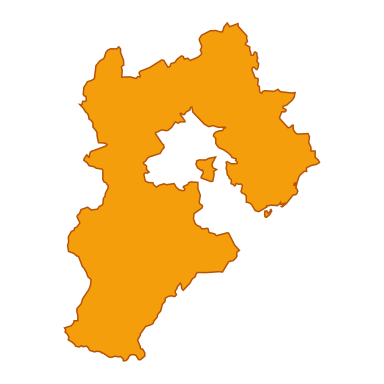 map outline of Hebei (Mercator projection)
{"feature_id": "CHN-1811", "entity_name": "Hebei", "entity_type": "Province", "adm_level": 1, "iso_a3": "CHN", "parent_name": "China", "parent_adm1": "", "projection": "mercator", "projection_center": [116.359, 39.339], "detail": "fine", "context": "isolated", "style": "filled", "palette": "amber", "viewbox_px": 384, "rotation_deg": 0, "n_neighbors": 0, "source": "natural_earth", "source_scale": "10m", "svg_char_len": 5926}
<svg xmlns="http://www.w3.org/2000/svg" viewBox="0 0 384 384"><path d="M227.7,232.7L228.6,233.1L234.6,245.0L239.4,250.4L236.9,252.2L236.6,254.5L237.1,255.8L236.1,257.7L233.4,260.5L228.7,261.7L222.5,272.0L218.8,271.7L206.0,272.6L197.4,272.5L196.2,273.8L195.2,276.7L192.1,279.1L190.0,283.1L183.2,290.3L181.7,288.5L181.3,285.1L180.3,283.2L177.4,286.8L176.8,288.7L175.1,291.2L175.2,292.4L176.5,294.6L175.3,296.1L174.1,296.6L171.7,295.8L168.3,296.4L165.4,298.1L165.0,301.4L162.3,304.5L160.7,311.0L157.6,314.5L157.3,317.0L154.1,320.8L153.0,323.5L151.5,324.5L145.6,326.5L140.2,334.1L140.4,335.0L137.6,340.1L140.2,346.4L140.5,348.5L142.7,349.2L144.7,352.6L144.9,356.0L140.5,359.7L138.5,359.6L136.2,355.6L134.1,354.7L130.8,354.7L129.0,356.3L127.9,358.8L126.5,360.3L123.8,361.0L123.3,360.7L123.2,358.9L120.3,356.4L118.5,356.9L115.2,356.2L111.6,357.3L109.1,357.1L103.4,353.3L101.4,352.8L100.5,351.7L96.6,351.3L94.5,351.9L89.7,350.4L87.9,347.3L86.4,346.1L83.1,346.8L81.5,345.7L79.2,347.0L75.7,346.2L74.5,344.3L72.1,342.1L68.3,339.9L68.8,336.7L67.2,334.0L65.1,332.1L65.7,329.7L64.5,327.9L71.2,325.8L73.5,323.2L74.1,320.7L77.7,320.8L77.9,315.8L76.8,311.7L77.0,308.5L81.1,303.9L82.7,298.7L88.9,289.4L90.5,285.1L91.0,280.8L90.8,279.3L87.9,276.7L86.3,272.3L83.9,268.0L82.5,266.7L78.5,256.4L76.7,256.0L73.9,253.4L68.5,251.4L67.6,245.5L68.6,241.9L68.3,236.9L71.3,231.5L74.1,230.3L74.5,228.0L76.8,227.1L79.9,223.0L77.0,216.8L77.5,215.2L79.5,213.6L81.0,209.6L87.6,207.2L91.4,210.0L97.5,209.1L99.4,206.3L101.8,205.3L102.9,203.9L103.4,198.5L105.1,196.0L105.4,193.3L107.8,188.6L108.3,186.0L105.7,182.6L103.9,181.8L102.8,179.5L102.9,170.8L102.2,169.2L96.1,168.2L94.2,166.8L89.1,165.7L87.2,162.8L83.8,160.3L84.2,158.6L86.6,154.9L87.4,155.2L88.4,157.2L89.2,157.3L89.8,153.5L90.8,151.6L104.7,146.5L106.8,145.3L107.1,144.4L104.6,143.1L98.5,142.7L97.1,136.1L97.0,132.7L95.9,130.5L93.0,127.2L92.9,123.0L91.4,120.7L88.9,118.9L88.6,116.0L87.5,113.5L85.6,112.0L83.3,108.2L79.8,104.5L81.8,104.8L82.8,101.3L85.4,101.4L86.3,100.5L86.0,96.4L84.1,95.8L83.2,94.4L83.9,87.4L87.5,81.7L92.2,80.1L94.4,78.6L96.0,65.6L99.7,61.0L103.5,58.7L104.4,57.4L105.9,52.4L107.6,50.2L110.5,48.8L116.7,48.9L118.8,46.8L120.6,49.0L120.5,52.4L123.5,60.3L123.8,65.0L121.8,66.3L121.4,67.3L122.2,70.4L121.7,77.1L130.4,76.9L136.1,78.5L137.8,76.5L140.1,76.9L140.2,75.7L139.0,73.0L140.1,71.3L149.6,67.6L161.6,60.0L163.8,60.3L167.8,67.0L168.6,67.2L169.8,66.5L171.0,63.5L174.6,62.6L177.3,59.1L181.4,55.9L183.3,56.5L184.3,59.1L187.7,58.2L190.2,60.5L198.0,57.1L200.8,55.0L201.7,53.0L200.3,50.1L201.6,47.4L201.5,45.5L199.2,39.9L199.6,38.2L201.6,35.2L210.2,30.8L215.8,30.5L220.0,31.9L222.5,31.8L224.0,26.9L227.2,23.0L229.7,26.7L238.0,23.6L238.2,26.3L246.8,35.9L246.6,38.4L247.5,41.5L245.5,43.3L245.4,44.5L249.8,47.0L249.7,49.7L250.9,53.0L250.8,54.8L251.8,55.3L253.4,55.0L254.4,52.3L255.1,51.9L256.9,53.1L256.9,55.7L257.7,57.9L256.8,61.1L258.7,63.7L257.9,67.8L256.9,69.6L256.3,69.6L254.4,67.4L253.2,67.3L252.6,67.6L251.9,69.7L255.1,77.8L257.8,78.5L258.3,79.4L257.6,85.1L259.4,86.6L259.5,90.2L260.1,92.5L262.0,93.1L262.7,91.4L264.9,90.7L274.1,91.4L278.0,89.3L280.4,91.7L291.7,93.0L295.1,92.6L294.2,97.2L292.1,100.2L286.8,105.0L283.1,106.3L282.8,107.9L285.9,109.5L286.1,110.7L284.8,111.9L281.8,111.8L279.7,117.0L279.6,118.4L288.1,127.8L290.4,127.1L292.2,125.2L293.2,125.2L293.2,129.5L295.2,132.6L297.3,134.1L308.1,133.6L309.5,136.9L308.7,142.4L311.0,147.5L310.9,150.9L315.2,151.1L315.1,157.1L318.4,160.2L319.5,162.5L316.4,164.4L311.9,165.3L306.9,167.5L306.3,169.1L306.7,171.4L304.2,171.4L300.3,174.8L299.1,176.5L297.0,182.7L295.4,182.8L293.9,184.1L294.0,185.1L295.3,184.0L294.8,185.8L296.1,183.7L296.8,183.8L295.8,188.0L296.4,188.2L297.8,191.1L296.8,193.6L295.8,194.6L293.0,195.1L286.3,203.6L282.1,206.9L281.4,206.6L283.3,205.2L284.4,203.4L280.9,204.5L280.6,202.4L279.3,204.3L277.5,205.6L270.5,205.1L269.3,205.7L266.8,205.7L266.5,206.2L266.9,206.9L258.8,211.7L255.2,210.6L251.5,204.5L249.7,203.0L246.3,202.1L246.2,195.8L244.9,194.3L241.6,192.7L241.0,191.5L242.4,185.9L242.1,184.9L240.9,184.0L238.9,184.3L236.2,183.4L235.3,185.5L234.5,185.9L233.1,184.5L231.0,183.6L231.4,181.0L231.1,179.4L229.2,178.1L228.5,175.8L227.3,174.7L226.9,170.7L226.1,168.4L226.7,164.9L226.1,162.2L227.2,161.7L231.3,163.8L236.8,163.6L237.5,162.5L235.6,160.4L236.1,158.8L232.0,157.5L230.9,155.4L228.2,152.9L224.0,150.0L219.3,147.9L217.6,146.3L215.8,143.5L215.7,138.5L213.4,135.9L214.0,133.9L215.8,132.1L219.2,130.8L222.5,130.6L223.5,128.6L225.5,127.8L225.4,127.3L218.2,127.3L213.0,125.6L209.0,126.7L204.5,124.3L192.9,112.2L191.9,107.1L190.6,107.4L189.9,109.9L186.1,112.0L184.4,114.6L182.9,114.6L180.8,113.2L180.3,113.4L180.5,114.7L184.6,120.5L185.0,121.8L180.4,121.9L178.2,123.2L175.3,121.9L171.5,127.5L167.9,130.4L166.1,130.7L161.9,129.8L155.5,132.8L155.5,133.7L162.2,143.7L163.6,144.9L164.1,147.7L162.1,149.9L160.2,153.4L149.5,156.8L147.6,158.0L145.6,161.1L143.5,162.5L143.6,163.7L146.5,165.9L146.6,169.6L149.1,172.1L147.6,173.1L145.2,172.9L144.1,173.7L143.9,174.7L145.3,181.0L148.6,182.6L152.8,182.7L153.9,185.1L156.6,187.2L158.5,185.5L163.9,183.8L166.7,184.7L174.1,183.6L176.3,187.4L179.0,189.7L182.7,190.7L184.1,190.4L184.8,189.4L184.7,188.5L183.3,187.4L183.4,186.5L187.7,184.5L188.8,182.6L190.8,181.9L197.9,182.4L197.9,188.5L200.3,195.3L199.2,202.2L199.9,203.9L202.2,205.3L202.5,206.7L201.8,208.1L194.0,213.7L193.5,218.6L195.1,223.4L197.1,225.4L200.2,226.7L202.0,229.0L207.5,228.3L208.2,229.1L209.0,232.5L214.6,233.8L216.3,235.7L227.7,232.7ZM215.6,157.0L212.0,164.1L212.4,166.7L213.3,168.0L216.6,169.5L213.4,171.7L214.2,174.1L212.8,181.1L211.0,181.6L201.2,178.0L201.2,176.6L203.0,173.5L203.3,172.1L202.4,169.9L201.3,170.5L197.5,167.7L196.0,164.2L196.8,160.8L199.3,159.9L205.6,160.0L208.7,158.4L215.6,157.0ZM271.0,209.5L271.7,211.0L269.5,214.8L266.3,217.4L265.0,216.7L265.4,216.2L264.6,214.8L264.9,211.1L266.8,210.9L268.1,213.2L270.9,210.8L270.3,209.9L271.0,209.5Z" fill="#f59e0b" stroke="#b45309" stroke-width="1.5"/></svg>